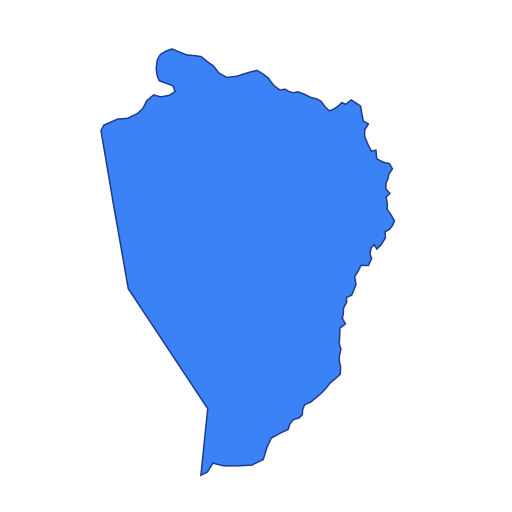 outline of Palminópolis, Goiás, Brazil, rotated 175°
{"feature_id": "56859067B71673354541493", "entity_name": "Palminópolis", "entity_type": "district", "adm_level": 2, "iso_a3": "BRA", "parent_name": "Brazil", "parent_adm1": "Goiás", "projection": "robinson", "projection_center": [-50.228, -16.81], "detail": "fine", "context": "isolated", "style": "filled", "palette": "blue", "viewbox_px": 512, "rotation_deg": 175, "n_neighbors": 0, "source": "geoboundaries", "source_scale": "gbopen_adm2", "svg_char_len": 1775}
<svg xmlns="http://www.w3.org/2000/svg" viewBox="0 0 512 512"><g transform="rotate(175 256 256)"><path d="M141.0,243.5L142.3,248.1L140.6,254.2L137.3,257.0L135.0,252.4L130.4,256.3L125.5,262.9L125.3,268.9L121.1,270.7L117.5,274.3L115.0,278.9L118.1,285.6L121.3,291.0L120.6,297.2L121.3,303.4L117.2,306.7L120.8,311.6L120.1,317.3L117.9,321.2L116.6,326.0L112.5,330.9L115.0,336.3L121.5,338.6L127.3,342.4L127.3,351.0L131.8,350.3L134.6,356.9L137.4,365.6L136.6,372.3L132.5,377.7L137.4,381.1L138.1,388.3L138.8,396.3L143.0,399.6L147.5,403.2L153.4,399.3L157.2,401.4L160.6,398.4L166.2,395.3L170.2,394.2L174.0,398.3L177.7,404.5L182.1,407.3L187.0,408.9L193.8,413.0L200.0,416.0L204.3,415.3L208.6,416.8L212.6,419.7L217.5,419.1L222.7,423.6L225.8,427.9L228.1,432.1L232.8,436.4L238.7,440.8L244.5,440.0L252.1,438.5L259.3,436.7L269.4,436.4L276.8,441.3L282.0,449.3L286.2,452.6L293.3,459.4L298.5,460.7L307.9,462.5L314.8,466.0L321.7,469.6L327.5,468.1L333.8,465.0L337.4,459.6L339.1,451.1L338.7,444.1L337.1,439.0L324.1,432.9L322.1,426.9L328.4,423.6L337.1,422.8L343.9,425.4L351.3,420.2L355.8,412.9L361.6,408.3L372.1,404.3L381.8,404.5L396.2,399.6L399.5,394.3L395.3,342.5L393.3,317.3L390.8,289.2L386.1,234.6L317.4,108.1L330.0,42.4L323.3,45.0L317.0,53.4L306.5,49.8L293.4,48.6L278.6,48.0L266.5,52.7L261.8,64.3L256.6,73.3L247.9,77.2L239.0,80.5L237.1,85.6L233.1,89.7L227.2,91.0L223.7,93.7L223.0,98.8L220.5,103.5L213.8,106.0L208.1,109.9L202.3,114.2L198.5,117.5L193.1,123.2L188.4,126.3L182.3,131.0L181.4,137.9L182.1,143.3L181.9,148.2L179.6,155.6L180.7,162.0L179.6,169.1L178.7,176.8L172.9,180.6L175.4,186.5L174.0,191.2L173.3,196.5L169.8,202.0L169.3,207.1L164.2,208.5L161.4,213.8L158.9,218.9L159.5,226.9L155.2,232.5L152.3,237.5L145.0,236.7L141.0,243.5Z" fill="#3b82f6" stroke="#1e3a8a" stroke-width="1.5"/></g></svg>